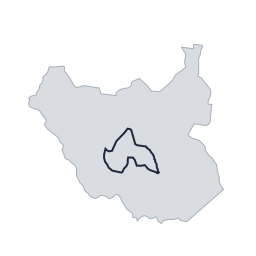 Lakes highlighted on a map of South Sudan, rotated 7°
{"feature_id": "SDS-863", "entity_name": "Lakes", "entity_type": "State", "adm_level": 1, "iso_a3": "SSD", "parent_name": "South Sudan", "parent_adm1": "", "projection": "robinson", "projection_center": [30.344, 6.76], "detail": "coarse", "context": "in_parent", "style": "outline", "palette": "slate", "viewbox_px": 256, "rotation_deg": 7, "n_neighbors": 0, "source": "natural_earth", "source_scale": "10m", "svg_char_len": 4150}
<svg xmlns="http://www.w3.org/2000/svg" viewBox="0 0 256 256"><g transform="rotate(7 128 128)"><path d="M206.5,203.9L199.0,212.5L198.5,213.0L197.6,213.7L194.5,213.7L191.4,213.3L188.5,211.1L185.6,212.8L183.7,213.3L182.6,213.5L180.0,213.8L176.3,214.7L174.6,215.8L173.7,216.7L173.0,218.4L172.6,218.6L172.0,218.4L171.0,217.7L169.0,216.7L168.1,214.6L167.1,213.3L166.4,212.7L163.3,214.8L161.8,215.3L160.5,215.2L158.3,214.0L155.8,213.0L154.5,213.0L152.6,214.3L150.4,216.2L149.3,218.1L148.7,219.2L147.9,217.5L147.2,216.4L146.2,216.0L144.1,216.4L143.6,215.8L143.5,214.3L143.2,213.0L142.6,212.0L141.0,211.0L136.9,208.9L133.7,204.8L132.0,202.9L130.9,201.7L129.2,198.5L127.3,196.3L125.0,195.3L123.5,195.8L121.9,198.1L119.0,200.4L117.6,200.4L115.9,199.2L113.7,198.4L109.8,198.0L108.2,199.1L106.1,200.8L104.3,201.8L103.2,201.9L102.1,201.5L101.0,201.3L99.9,201.2L97.9,199.7L96.8,198.5L96.1,197.4L94.9,196.7L93.5,196.1L92.5,195.1L92.0,193.9L91.2,192.3L90.2,190.9L87.0,188.3L86.1,186.8L85.4,185.4L84.1,183.8L82.7,181.6L82.3,178.5L82.2,175.9L81.9,174.7L81.4,173.6L80.7,172.6L79.6,171.4L77.0,169.8L74.3,167.9L73.0,166.8L70.6,166.4L69.1,165.3L67.9,163.0L67.4,161.1L66.1,159.6L65.6,158.5L65.3,157.3L66.3,153.5L64.9,152.2L62.8,150.5L61.3,148.6L60.3,146.8L57.6,144.5L51.7,141.1L48.3,138.9L46.4,137.0L44.8,135.0L44.6,134.3L45.7,132.3L45.9,130.8L45.0,129.0L41.5,125.7L38.7,122.1L36.5,121.0L31.4,120.0L29.9,119.6L28.3,118.9L26.8,117.3L26.3,115.4L27.1,112.3L26.6,111.4L25.7,111.1L26.0,110.5L26.9,109.0L28.5,108.0L32.8,106.5L33.0,105.9L33.1,104.0L33.5,103.0L34.9,100.4L35.2,99.3L35.2,97.1L35.4,96.0L35.9,95.2L37.0,93.9L37.4,93.1L37.6,91.4L37.5,87.9L38.1,86.6L40.8,83.5L41.5,82.1L41.8,80.8L41.8,79.6L41.9,78.3L42.7,77.1L43.4,76.7L45.4,76.4L46.7,76.6L56.2,74.5L57.3,74.8L57.8,76.0L57.7,78.0L57.9,79.0L58.4,79.7L59.9,80.7L60.9,82.3L61.4,82.9L62.9,84.0L69.9,93.1L71.9,94.0L73.8,93.7L77.6,91.8L79.5,91.3L92.9,91.8L94.4,91.6L96.5,96.2L97.4,97.3L112.1,97.3L111.8,96.0L112.0,94.5L114.5,91.7L114.9,91.4L117.2,90.0L119.4,89.1L123.6,88.1L125.2,86.4L126.0,84.9L126.0,81.9L126.6,81.4L127.6,80.7L132.5,78.0L133.3,77.4L142.0,83.7L146.9,88.6L147.2,88.9L147.4,88.9L147.7,88.8L147.9,88.6L148.5,88.3L150.6,88.3L154.5,88.0L155.8,87.4L163.7,78.6L165.7,75.8L166.2,75.2L167.3,73.2L168.5,69.8L168.8,69.4L177.4,61.2L177.7,60.5L177.8,60.0L176.5,57.2L176.2,55.8L176.1,53.6L176.4,50.2L176.3,48.1L176.2,47.5L176.1,47.4L171.3,41.3L183.4,41.3L183.5,40.5L183.4,40.3L183.2,39.5L183.1,38.6L183.1,38.0L183.1,37.5L183.1,37.3L183.1,37.0L183.1,36.9L191.9,36.9L191.8,38.7L190.7,42.7L190.8,45.1L190.5,47.9L190.2,48.7L189.8,49.4L189.6,49.7L189.6,50.0L191.5,65.5L191.4,66.1L190.9,67.1L190.7,67.4L190.7,67.7L190.9,67.8L195.0,69.5L195.3,69.7L196.8,71.7L204.7,79.1L205.0,79.5L205.8,81.8L205.9,82.1L206.0,82.7L206.0,83.1L205.8,84.5L205.8,85.1L206.0,85.5L206.1,86.0L206.0,86.5L204.8,89.1L204.4,91.0L204.3,92.6L204.4,93.6L204.5,94.2L204.6,94.4L204.8,94.5L208.2,94.5L208.2,95.3L208.7,109.3L208.7,110.9L208.5,112.9L208.1,113.6L207.2,114.7L205.9,115.7L202.9,116.0L200.3,116.0L198.4,115.8L195.9,115.7L193.6,115.9L192.7,116.7L189.6,124.2L188.7,126.0L188.4,127.1L188.7,127.8L189.9,128.7L192.6,130.0L195.7,130.8L197.9,131.1L199.5,131.5L200.7,131.9L205.0,135.3L206.4,136.8L207.2,138.2L207.4,139.7L208.0,141.2L212.0,145.8L215.8,148.0L217.2,150.5L218.6,151.7L220.0,153.0L220.7,154.9L222.3,160.5L223.4,163.4L224.6,165.8L225.0,169.7L225.9,171.5L226.8,173.6L228.4,175.5L230.0,177.0L230.3,177.4L214.0,195.6L206.5,203.9Z" fill="#d9dde1" stroke="#a8b0b8" stroke-width="1"/><path d="M127.7,128.7L130.5,129.0L131.4,129.5L137.2,143.2L139.4,144.0L148.3,144.2L149.0,145.3L152.8,147.6L153.1,148.5L156.1,151.3L157.5,153.8L158.0,155.9L158.8,156.4L159.2,158.2L160.6,160.0L161.6,164.1L162.4,165.1L163.2,167.7L164.0,168.3L163.1,169.3L162.4,169.2L161.2,168.4L155.0,167.1L152.7,166.0L149.3,162.8L145.4,163.9L141.3,164.3L138.6,158.9L136.7,156.8L131.8,157.2L131.6,159.4L132.0,162.5L131.6,164.6L131.0,166.1L129.0,168.7L127.8,172.4L126.9,173.1L117.6,172.2L113.7,169.7L111.8,166.8L109.4,164.3L107.9,160.7L107.5,157.4L108.2,151.4L109.7,152.7L111.9,153.5L114.9,152.6L118.1,142.4L125.3,132.8L127.7,128.7Z" fill="none" stroke="#1e293b" stroke-width="2"/></g></svg>